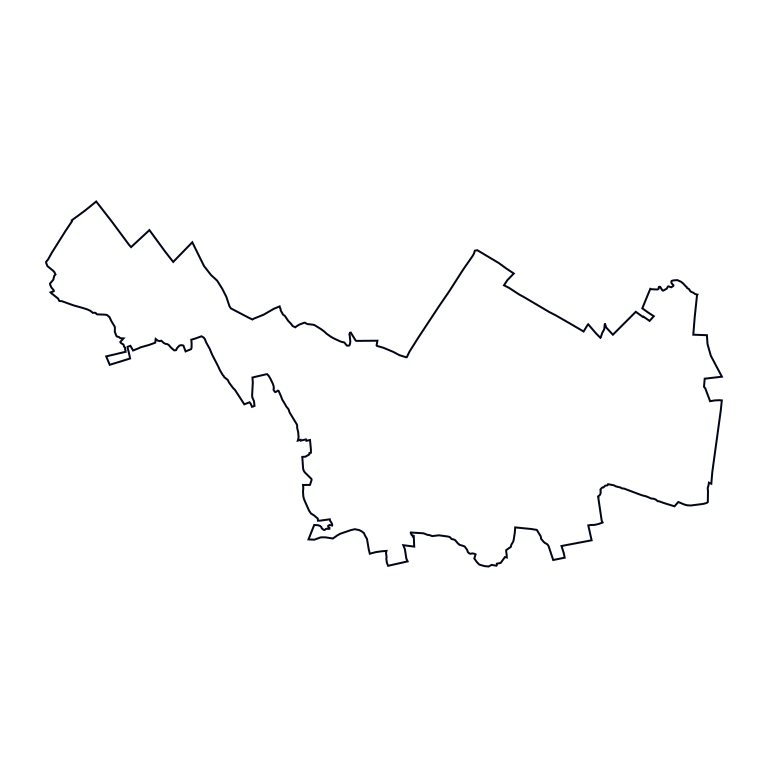 the district of Baltati, Iasi, Romania
{"feature_id": "2599482B27793001120965", "entity_name": "Baltati", "entity_type": "district", "adm_level": 2, "iso_a3": "ROU", "parent_name": "Romania", "parent_adm1": "Iasi", "projection": "equal_earth", "projection_center": [27.116, 47.24], "detail": "fine", "context": "isolated", "style": "outline", "palette": "ink", "viewbox_px": 768, "rotation_deg": 0, "n_neighbors": 0, "source": "geoboundaries", "source_scale": "gbopen_adm2", "svg_char_len": 6091}
<svg xmlns="http://www.w3.org/2000/svg" viewBox="0 0 768 768"><path d="M674.5,506.3L678.3,502.0L684.5,504.6L687.4,505.3L690.8,505.5L702.5,504.0L705.3,503.4L707.1,502.7L707.8,502.1L708.0,491.0L707.7,488.2L708.8,484.0L708.9,482.7L711.3,483.7L712.3,472.0L720.8,410.2L721.8,400.4L719.5,400.2L714.9,400.4L710.1,401.2L705.3,388.4L704.0,386.8L704.7,378.7L721.9,376.7L710.8,355.7L707.5,344.0L706.9,335.2L693.3,334.7L694.7,317.2L697.0,295.4L697.4,294.6L695.3,294.1L692.9,292.5L691.3,291.9L690.2,291.1L689.1,289.2L687.1,288.0L686.5,286.8L685.9,286.5L683.2,283.5L681.1,281.8L677.3,280.1L673.4,280.4L671.7,280.9L671.3,282.0L671.5,283.0L672.3,284.1L673.1,284.8L673.4,285.2L673.4,285.7L672.6,286.5L671.0,287.3L668.8,286.4L667.9,286.6L666.8,288.6L663.3,290.6L662.4,290.4L660.6,287.5L660.2,286.9L659.6,286.8L659.0,286.9L658.7,287.5L658.7,288.6L658.0,289.3L657.0,289.5L651.2,289.2L650.3,288.8L642.3,308.3L647.8,312.3L653.8,316.2L649.6,320.9L643.4,316.6L643.0,317.0L635.8,311.8L612.9,334.7L606.1,327.4L604.9,323.3L604.2,329.3L602.1,333.2L600.8,337.3L600.4,337.8L596.2,333.6L588.2,324.3L587.3,325.4L583.6,331.5L569.1,323.0L555.3,315.1L549.4,312.1L523.8,297.0L519.2,294.5L509.1,287.9L504.0,285.3L507.3,280.2L513.8,273.5L506.0,268.3L498.9,263.1L477.3,250.2L474.8,250.7L474.0,253.5L472.8,255.7L463.2,269.5L449.1,291.5L439.3,305.8L418.4,337.5L409.5,351.6L406.8,357.2L406.0,357.2L399.5,355.2L393.3,351.9L383.5,347.8L377.0,345.9L376.6,345.3L377.4,340.7L356.2,340.9L355.5,340.3L350.8,332.6L349.9,332.8L349.4,334.6L349.9,336.1L349.8,337.1L350.3,341.2L350.1,343.4L349.5,345.2L349.0,345.6L347.7,345.7L346.8,345.5L344.4,342.6L343.8,342.3L342.0,342.0L340.3,341.4L333.8,338.4L330.8,336.7L326.7,333.8L324.1,331.4L321.0,329.1L314.5,325.1L313.1,324.7L307.7,324.1L306.1,323.5L305.2,322.8L304.4,322.7L299.5,324.5L296.7,326.2L295.3,327.3L292.6,326.0L291.2,324.0L288.0,320.6L284.9,315.9L283.1,314.7L280.7,310.4L280.6,308.9L280.0,307.9L279.6,306.4L273.8,308.8L263.6,314.7L253.9,318.6L252.4,319.5L248.3,317.5L230.9,308.4L229.5,306.3L226.3,296.7L222.1,288.5L217.1,280.6L210.9,274.9L204.0,266.0L192.3,242.3L173.2,261.9L165.2,251.7L149.4,230.1L131.1,247.1L129.1,244.9L111.6,221.3L96.2,201.5L85.5,210.2L71.8,220.3L72.1,220.9L72.1,221.1L65.6,230.8L51.7,252.9L48.1,259.4L46.1,261.9L46.2,263.1L47.5,266.2L53.2,270.8L54.3,272.0L55.5,274.5L54.3,275.7L53.3,279.7L50.0,283.6L50.1,284.5L51.3,287.4L53.5,290.0L53.8,290.7L53.8,291.2L50.6,292.4L51.3,293.2L58.0,298.5L59.4,301.0L61.9,301.2L73.3,305.3L82.9,308.0L87.3,309.4L90.5,310.9L92.9,312.9L94.5,312.7L95.7,313.0L96.6,314.1L97.6,314.4L103.9,314.6L106.2,314.8L107.5,315.3L108.4,316.3L109.4,316.9L111.4,321.2L114.7,326.6L114.9,327.8L114.8,331.7L116.3,335.8L117.1,336.6L118.7,336.9L120.4,338.2L123.5,338.4L120.3,342.0L120.5,342.5L121.2,343.2L123.5,344.6L124.1,346.7L125.0,347.6L125.2,349.0L125.1,349.5L125.6,350.6L125.3,351.5L125.5,351.8L106.2,356.4L109.7,364.8L130.1,358.5L128.7,351.9L127.6,347.8L127.6,346.8L130.4,345.8L133.1,350.5L139.3,348.0L140.3,347.4L149.2,344.9L155.2,342.7L155.7,339.0L157.7,340.6L159.7,341.1L161.3,340.7L163.8,343.0L165.4,343.8L167.2,344.1L168.8,345.0L170.9,347.5L174.1,350.3L174.6,350.4L176.1,350.1L177.0,348.2L179.3,345.7L180.3,345.3L182.0,345.2L183.4,345.6L185.6,351.4L191.0,349.2L191.4,348.4L191.6,346.9L191.6,343.5L191.3,339.7L194.8,338.7L201.5,336.3L203.6,337.5L204.9,339.1L206.2,342.5L209.7,348.8L212.1,354.6L218.2,366.4L219.9,370.2L222.8,375.1L223.9,376.3L224.3,377.2L227.7,379.9L229.2,382.8L232.9,387.8L235.1,390.1L244.3,404.3L249.5,402.3L250.6,403.6L252.0,406.8L254.5,405.9L254.0,401.3L252.3,397.3L252.1,395.7L252.8,382.7L252.5,377.5L266.9,374.1L268.4,375.4L270.3,378.5L272.8,383.7L273.7,386.4L273.8,388.6L273.5,389.4L273.8,390.4L275.2,392.1L275.9,391.9L277.9,390.6L278.6,390.9L281.1,396.5L282.2,399.5L285.4,404.8L286.0,406.1L288.3,409.0L289.0,410.3L289.2,411.5L289.8,412.8L297.0,424.7L297.2,426.5L297.1,427.6L298.2,432.2L298.6,437.7L297.8,440.6L300.6,439.8L300.8,440.6L305.9,439.4L306.4,440.8L310.0,440.0L310.9,449.3L310.9,452.7L309.4,453.1L309.4,454.0L309.2,454.5L305.4,456.7L302.3,456.9L303.1,468.5L303.6,470.4L304.1,471.4L305.3,472.9L311.4,478.9L311.6,479.9L310.0,484.9L303.0,485.0L303.3,487.9L303.0,491.5L303.3,496.2L303.9,498.8L304.9,501.3L309.1,510.7L311.0,513.5L314.0,515.4L317.7,518.5L318.0,520.7L320.5,520.6L329.8,519.3L330.1,520.8L331.2,522.3L332.2,524.4L332.1,525.5L329.5,525.0L328.2,525.8L328.2,526.7L329.5,528.0L329.4,528.8L326.2,528.8L324.6,530.0L323.8,529.9L321.8,528.4L321.3,527.0L320.0,525.9L317.9,525.2L314.2,525.0L308.5,539.4L314.3,539.7L320.3,537.5L321.5,537.3L325.1,537.3L332.9,538.5L337.3,535.4L340.1,533.8L350.6,530.2L354.9,529.2L359.2,530.1L361.6,531.3L364.0,533.2L364.9,535.3L367.0,539.0L368.7,549.1L369.8,553.7L375.9,552.1L381.4,551.3L386.5,550.9L386.0,552.9L386.6,557.3L386.3,558.6L386.9,562.8L388.1,565.8L407.6,561.4L406.3,558.4L404.9,549.3L403.3,545.2L414.2,546.6L413.8,536.5L413.2,536.8L412.8,536.7L412.9,535.5L411.7,535.0L410.7,532.9L410.8,532.5L423.5,533.3L427.3,534.8L429.6,535.1L432.2,536.1L438.9,535.3L447.7,536.5L449.7,537.0L451.7,539.1L453.6,539.4L455.2,540.2L457.9,543.4L459.5,544.8L463.2,545.9L464.7,546.5L467.2,550.0L467.8,552.0L469.3,553.4L470.5,553.8L472.2,553.4L474.6,553.8L475.6,554.4L474.3,558.5L476.8,562.0L479.3,564.6L484.5,566.1L488.6,566.5L491.6,564.9L496.4,565.7L496.9,564.7L496.9,563.7L500.7,562.9L504.9,557.1L506.8,557.5L506.7,555.3L506.2,551.5L506.2,550.1L510.8,546.9L511.3,544.8L513.2,541.6L513.7,539.7L514.8,532.7L515.2,527.4L531.2,529.0L536.8,529.9L540.7,536.3L541.0,537.6L541.1,538.8L543.6,541.8L545.0,543.0L546.7,543.9L547.6,544.6L548.6,546.1L553.2,560.0L564.7,557.7L563.7,552.9L561.5,546.0L591.6,540.3L588.3,525.4L590.6,525.0L594.4,524.9L598.6,524.0L602.6,522.5L601.7,520.7L598.3,497.8L598.5,497.6L598.0,496.7L598.2,496.3L599.6,495.3L600.5,493.7L600.7,492.4L600.5,492.0L600.7,490.8L600.4,489.8L600.6,489.3L601.9,487.8L602.8,487.3L603.5,487.4L605.2,485.7L607.5,485.3L608.1,484.2L613.9,485.3L615.9,486.4L620.5,487.5L621.7,488.3L624.1,488.6L641.4,495.1L646.6,496.5L651.2,498.5L653.3,498.7L655.5,499.4L657.8,501.2L659.1,501.3L663.8,503.0L674.5,506.3Z" fill="none" stroke="#020617" stroke-width="2"/></svg>